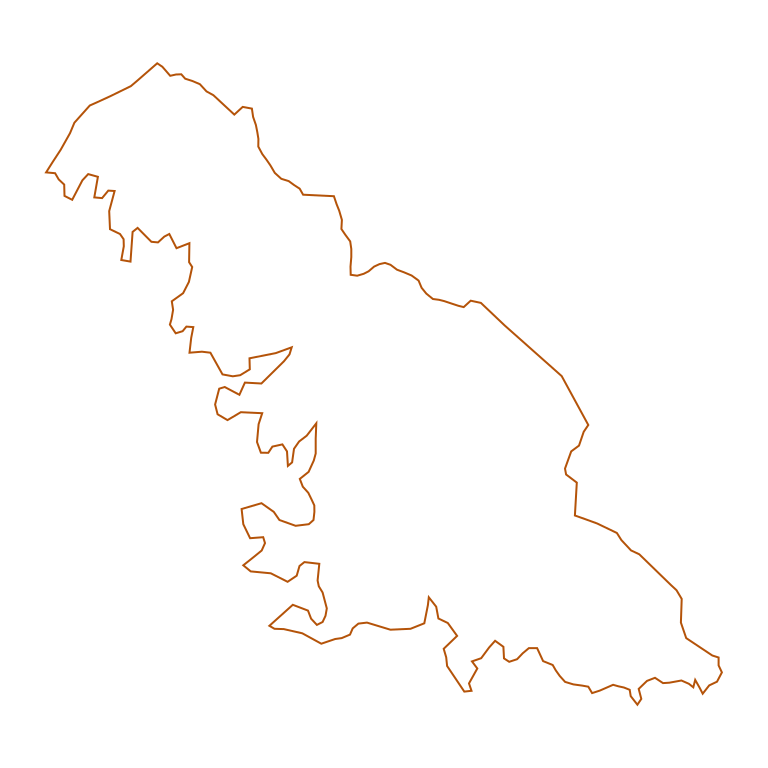 outline of São Nicolau, Rio Grande do Sul, Brazil
{"feature_id": "56859067B99796327021212", "entity_name": "São Nicolau", "entity_type": "district", "adm_level": 2, "iso_a3": "BRA", "parent_name": "Brazil", "parent_adm1": "Rio Grande do Sul", "projection": "robinson", "projection_center": [-55.266, -28.189], "detail": "fine", "context": "isolated", "style": "outline", "palette": "amber", "viewbox_px": 768, "rotation_deg": 0, "n_neighbors": 0, "source": "geoboundaries", "source_scale": "gbopen_adm2", "svg_char_len": 3446}
<svg xmlns="http://www.w3.org/2000/svg" viewBox="0 0 768 768"><path d="M561.7,376.1L504.5,325.3L480.9,302.9L470.7,300.7L463.7,307.1L458.4,305.8L451.7,303.6L444.2,301.1L439.0,299.8L432.9,299.0L426.3,293.6L421.6,287.8L418.6,280.6L411.6,275.5L404.0,272.3L397.0,269.7L390.5,264.8L385.0,262.9L379.5,264.1L374.1,266.6L368.6,271.3L363.7,273.8L357.2,275.7L350.7,274.8L350.5,266.6L351.3,257.1L351.3,249.0L350.2,241.4L345.2,234.6L341.4,229.0L341.9,219.9L339.2,210.7L336.6,204.2L333.9,196.2L303.1,194.7L299.7,188.7L294.3,185.2L288.7,181.1L281.3,178.8L274.8,172.9L270.4,165.4L266.7,160.0L262.3,154.1L258.3,146.6L258.4,138.9L257.3,132.1L255.9,125.0L253.1,116.9L251.9,108.6L242.7,106.9L234.3,114.6L213.4,95.2L206.5,91.4L199.9,84.2L192.4,81.0L185.2,78.7L181.3,74.3L176.0,74.5L170.2,75.8L162.4,66.8L157.2,63.3L137.5,80.5L130.9,86.1L110.3,96.2L95.9,102.8L89.8,105.5L74.4,122.7L70.0,133.2L60.6,149.9L53.0,161.5L46.1,172.4L55.1,173.2L58.7,179.4L64.2,184.6L64.5,195.9L72.2,199.8L82.4,180.3L88.2,174.1L97.9,176.8L94.3,197.4L102.1,198.1L108.3,190.6L114.6,191.0L109.2,211.1L110.0,229.2L120.0,234.0L123.6,239.2L123.8,246.3L121.3,260.0L130.5,261.6L132.6,231.9L137.6,227.9L151.4,241.8L158.0,242.4L164.3,236.6L169.3,234.0L176.5,248.2L189.4,243.2L189.1,262.2L192.2,267.0L188.9,281.9L183.1,293.2L171.8,301.3L173.1,309.8L171.5,319.1L169.9,324.6L175.7,333.3L182.6,331.2L186.4,326.6L193.3,327.1L191.2,337.9L189.5,352.7L201.9,351.7L210.4,352.7L222.5,374.4L232.8,376.3L240.2,375.2L249.8,369.3L249.5,358.3L275.8,353.1L291.7,347.3L289.5,354.4L284.0,361.2L261.4,383.5L244.9,382.6L239.4,394.8L224.7,387.0L219.2,388.7L215.1,404.5L217.6,414.3L227.5,420.1L240.8,412.2L262.2,413.2L258.6,424.2L257.0,442.0L260.9,452.7L268.3,452.8L272.4,446.6L282.4,444.4L287.0,451.4L287.9,465.9L292.1,462.4L294.0,448.8L299.1,441.5L306.7,435.7L316.3,423.3L315.7,438.6L315.7,453.5L313.8,460.5L308.6,471.9L299.8,478.9L302.8,486.7L308.3,492.8L311.8,500.0L314.3,505.4L314.4,511.9L313.5,520.0L308.8,524.2L295.6,525.8L279.4,520.0L273.8,511.9L261.5,503.2L241.6,509.0L243.3,524.2L250.1,538.2L263.2,537.2L265.0,543.1L261.7,550.5L254.6,556.3L243.3,565.3L250.7,571.4L270.8,573.3L287.6,581.8L296.7,575.7L299.5,566.0L304.4,562.1L319.3,563.8L317.6,580.5L318.8,586.3L322.6,592.5L326.8,608.4L325.5,615.8L322.6,622.0L316.9,624.9L311.1,618.7L308.0,610.6L292.8,604.8L269.4,625.8L274.5,628.8L283.8,629.1L302.3,633.3L321.3,643.7L335.2,639.0L341.7,638.1L350.0,634.6L352.7,628.4L358.4,623.6L367.0,622.6L390.4,629.7L410.5,628.8L424.3,623.3L427.9,605.1L428.8,597.3L436.2,606.7L438.4,618.5L447.8,623.0L457.1,635.9L443.7,648.8L446.2,657.3L447.1,666.0L464.3,691.6L471.5,690.8L469.0,683.4L477.3,668.5L472.0,661.4L481.2,658.2L489.1,647.5L495.1,640.8L503.4,646.8L504.0,658.4L509.2,661.8L517.1,659.2L522.7,653.3L528.9,648.1L537.1,648.1L543.1,661.1L552.7,665.0L555.8,670.4L559.7,675.9L565.1,681.9L573.4,684.4L582.2,685.6L588.3,686.7L592.1,693.1L599.8,690.6L613.1,684.8L618.4,686.3L623.9,687.5L629.7,689.8L630.7,696.1L637.4,704.7L641.3,698.9L638.7,688.9L647.0,680.9L655.0,677.8L663.0,683.1L669.3,682.7L681.4,680.5L688.9,683.8L693.3,687.3L695.2,679.9L699.6,687.7L702.7,693.7L709.2,685.4L717.0,681.7L721.9,672.4L718.6,665.4L718.6,657.5L712.3,655.5L686.2,638.1L680.9,622.6L681.7,598.9L676.5,590.2L671.0,585.1L639.3,554.3L631.0,550.4L621.4,540.1L616.9,533.0L597.2,523.5L585.1,519.1L574.9,515.5L576.8,482.6L566.1,474.5L565.0,468.6L571.2,451.4L579.0,445.6L583.7,431.8L588.3,425.0L561.7,376.1Z" fill="none" stroke="#b45309" stroke-width="2"/></svg>